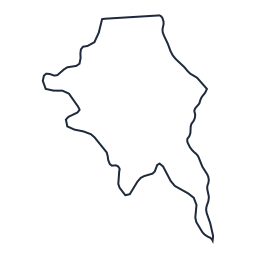 SVG path tracing the border of Mchinji
{"feature_id": "MWI-1911", "entity_name": "Mchinji", "entity_type": "District", "adm_level": 1, "iso_a3": "MWI", "parent_name": "Malawi", "parent_adm1": "", "projection": "orthographic", "projection_center": [33.108, -13.784], "detail": "fine", "context": "isolated", "style": "outline", "palette": "slate", "viewbox_px": 256, "rotation_deg": 0, "n_neighbors": 0, "source": "natural_earth", "source_scale": "10m", "svg_char_len": 1634}
<svg xmlns="http://www.w3.org/2000/svg" viewBox="0 0 256 256"><path d="M54.3,75.6L57.4,75.1L64.0,69.4L67.3,67.3L76.3,65.9L79.5,63.7L80.6,58.0L80.4,53.4L80.9,49.4L83.0,46.7L87.5,46.0L94.4,42.2L98.8,32.6L102.1,19.1L105.4,18.7L159.5,15.4L160.8,16.1L162.3,17.7L163.5,21.4L163.6,24.0L162.5,29.2L162.7,32.3L163.9,35.5L167.9,44.0L170.5,51.1L172.7,55.3L175.7,59.0L184.4,67.2L187.8,71.3L190.3,73.7L197.0,77.7L206.9,88.9L205.3,92.5L203.7,94.6L202.8,95.6L201.4,97.6L200.3,100.1L199.5,103.0L198.8,104.2L195.5,107.9L194.9,109.1L194.4,110.2L194.4,111.7L195.0,113.6L195.2,115.5L194.7,118.4L194.0,120.1L193.2,121.5L191.7,123.5L191.1,124.7L190.7,126.6L190.4,132.9L189.8,135.0L189.1,136.6L187.5,138.5L187.2,140.2L187.5,142.4L189.9,147.2L192.1,150.1L194.3,152.3L196.0,153.7L197.7,155.6L198.6,157.3L202.4,166.8L207.2,174.3L208.3,176.9L208.8,180.0L208.3,183.3L207.5,185.3L207.2,187.0L207.3,189.3L208.9,196.9L208.4,201.0L206.5,206.6L206.1,209.6L206.7,213.1L210.3,223.5L213.1,236.0L212.6,240.6L211.9,239.3L210.1,237.7L208.0,236.8L204.5,234.5L202.4,232.2L196.3,222.1L195.3,217.5L196.5,205.0L193.8,197.8L188.3,193.5L174.9,186.0L170.7,181.0L163.1,166.5L159.6,163.6L157.2,165.0L154.8,171.4L152.6,173.6L144.1,176.1L140.7,177.9L137.4,181.7L129.8,194.2L125.3,195.2L119.6,187.8L118.3,184.0L119.2,171.3L119.6,169.9L119.5,168.5L118.1,166.4L116.1,165.4L111.7,165.6L109.7,163.9L108.2,160.0L107.7,156.2L106.7,152.4L94.5,137.3L90.9,134.2L83.4,131.4L74.4,129.6L67.3,126.4L65.9,119.6L68.5,116.8L77.5,112.5L79.6,109.8L78.2,106.8L68.9,93.6L62.5,90.7L53.5,90.6L45.7,88.9L42.8,80.9L43.9,75.7L46.2,73.7L49.7,74.0L54.3,75.6Z" fill="none" stroke="#1e293b" stroke-width="2"/></svg>